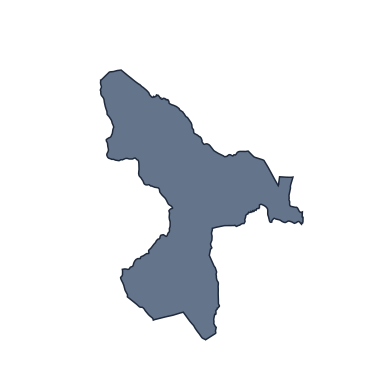 Ninh Son, Ninh Thuận, Vietnam, rotated 338°
{"feature_id": "81297802B88768197538102", "entity_name": "Ninh Son", "entity_type": "district", "adm_level": 2, "iso_a3": "VNM", "parent_name": "Vietnam", "parent_adm1": "Ninh Thuận", "projection": "equal_earth", "projection_center": [108.74, 11.71], "detail": "fine", "context": "isolated", "style": "filled", "palette": "slate", "viewbox_px": 384, "rotation_deg": 338, "n_neighbors": 0, "source": "geoboundaries", "source_scale": "gbopen_adm2", "svg_char_len": 6067}
<svg xmlns="http://www.w3.org/2000/svg" viewBox="0 0 384 384"><g transform="rotate(338 192 192)"><path d="M149.2,54.0L149.0,54.7L148.2,56.2L147.9,57.1L147.7,58.0L147.6,59.9L147.4,60.5L147.2,61.0L145.2,63.1L145.1,64.6L144.3,66.6L144.2,67.4L144.2,68.6L145.0,71.2L145.1,73.0L144.3,76.3L143.7,79.9L143.5,81.7L143.3,85.4L142.4,88.3L143.3,90.9L144.1,94.8L144.1,96.4L143.8,98.3L143.9,100.4L143.8,102.3L143.6,102.7L142.1,104.4L140.1,107.8L139.3,108.6L138.9,108.9L137.7,110.2L136.9,110.6L134.8,110.7L132.4,111.2L132.1,111.4L131.7,112.6L131.9,113.8L131.9,115.1L131.0,118.3L130.7,120.1L130.3,121.7L129.6,122.8L127.2,125.0L126.8,126.0L126.8,127.8L127.0,128.6L127.5,129.5L129.4,131.2L129.9,131.7L131.5,132.3L133.0,133.8L135.8,135.5L136.6,135.7L137.8,135.4L138.2,135.4L139.5,136.1L142.9,136.0L143.5,136.2L144.7,136.7L146.2,137.9L149.2,139.1L151.3,139.0L151.8,139.1L152.2,139.4L153.1,141.5L153.7,142.1L154.0,142.6L153.9,144.0L153.3,146.0L151.4,151.1L149.5,154.7L149.1,156.6L149.2,157.8L149.9,159.5L150.7,163.4L150.7,166.3L151.1,167.2L151.9,168.1L153.2,168.7L154.7,169.0L155.0,169.2L155.8,170.7L156.0,171.0L156.9,171.4L157.8,172.3L159.3,173.7L161.5,175.0L162.2,175.5L162.5,176.0L162.8,177.2L162.4,178.7L162.2,179.6L162.2,180.4L162.4,181.2L163.1,183.7L164.7,187.4L165.1,189.1L165.5,193.9L165.8,194.9L167.6,197.5L168.0,198.9L168.0,199.4L167.8,199.8L166.1,199.7L165.4,199.8L163.7,200.6L163.5,201.0L163.3,203.1L161.4,206.8L160.8,209.0L160.6,211.4L158.8,215.7L157.2,217.6L156.7,219.3L156.0,220.4L154.5,221.1L152.6,223.1L152.1,223.4L151.5,223.5L151.1,223.2L149.6,221.0L149.3,220.8L147.1,220.4L146.2,220.9L144.7,222.9L143.8,223.2L143.0,223.0L142.6,223.0L140.8,223.8L139.2,225.2L136.9,226.3L133.1,228.6L130.1,229.8L129.7,230.3L129.3,232.1L128.8,232.8L126.8,232.1L122.9,232.9L120.7,232.9L119.9,233.2L119.2,234.3L116.6,233.4L114.9,233.6L113.5,234.3L112.3,235.2L111.1,236.4L110.2,237.7L109.1,238.7L106.7,238.6L105.0,239.8L104.4,239.9L103.6,239.8L101.8,238.6L100.7,238.1L98.4,237.6L98.0,239.3L96.5,242.8L95.4,243.8L93.9,244.4L93.6,244.9L93.5,246.7L93.8,250.4L93.8,253.0L93.2,257.6L93.2,258.6L93.7,262.8L93.4,263.9L92.8,265.0L98.6,275.3L100.3,278.9L101.4,279.7L102.6,280.2L103.0,280.6L103.8,282.2L104.2,284.6L105.7,289.3L106.3,290.7L108.2,294.2L108.3,294.8L108.1,296.3L109.6,296.3L121.0,297.9L128.1,299.1L136.1,299.8L138.9,300.2L141.6,311.0L142.8,314.6L143.5,316.4L143.9,319.6L144.8,323.5L145.6,326.2L146.3,329.4L146.7,330.9L147.5,332.1L148.8,333.4L149.2,334.1L158.9,332.3L160.5,332.0L161.3,331.6L161.7,329.6L163.8,326.5L163.3,325.9L162.9,322.2L163.8,320.4L164.4,318.2L167.0,314.2L167.4,313.9L167.9,314.3L168.5,314.1L169.0,312.9L169.6,311.1L169.8,310.8L171.4,310.1L171.9,309.2L172.4,309.3L174.4,308.3L174.7,308.0L174.8,307.5L174.6,305.6L176.2,301.5L178.1,296.3L179.8,292.3L180.9,289.2L182.0,287.1L182.3,286.3L182.4,285.2L182.1,283.8L182.1,282.7L182.5,280.5L183.1,279.2L183.4,277.6L183.7,276.9L184.5,276.0L184.9,275.2L185.2,270.8L184.7,269.0L184.3,257.2L187.8,251.9L188.9,251.6L189.5,251.2L189.4,248.7L189.7,247.1L190.3,246.3L192.4,244.1L193.8,241.1L194.2,239.9L194.3,238.8L194.5,238.0L195.0,236.9L196.6,234.9L197.2,233.3L201.2,233.8L209.4,235.3L218.6,238.9L219.3,238.9L220.2,240.5L220.7,240.6L222.1,240.4L223.9,240.6L226.0,240.1L227.0,240.2L228.4,240.7L229.9,239.5L230.3,238.9L230.4,237.6L232.5,235.1L232.8,234.1L234.1,233.3L234.7,233.2L235.5,233.3L235.8,232.8L236.2,232.7L236.9,232.0L237.8,232.7L238.5,232.6L239.0,232.9L239.2,232.6L239.6,232.6L239.6,232.4L240.2,232.9L240.5,232.9L241.0,232.4L241.1,232.9L241.8,233.1L242.0,232.9L242.3,233.1L242.9,232.3L243.4,232.6L244.1,232.4L244.6,232.9L245.7,231.8L246.8,232.0L247.2,231.9L247.6,232.2L247.7,231.9L248.6,231.9L249.7,229.3L250.8,229.1L251.5,229.3L252.2,229.9L253.8,231.6L254.8,233.1L255.4,234.5L255.7,235.9L255.3,237.5L254.0,240.7L253.7,241.9L253.7,243.1L253.0,248.0L253.1,248.9L253.5,249.5L253.9,249.7L254.8,249.7L255.3,248.5L255.7,248.3L257.8,247.2L258.6,247.3L259.2,248.1L260.8,249.3L262.7,250.6L263.5,251.5L264.4,253.0L266.1,254.7L266.9,255.2L267.5,255.3L269.9,255.0L270.7,255.1L271.4,255.5L273.2,257.0L275.2,259.4L277.0,259.5L278.7,259.1L279.9,259.3L280.6,260.1L281.0,261.9L281.5,262.9L282.2,261.9L282.8,262.2L283.0,261.7L283.5,261.5L283.8,261.0L285.5,257.0L285.3,256.8L284.9,256.7L285.0,255.9L286.9,251.8L286.0,251.8L285.6,252.0L284.5,250.8L284.2,250.0L283.9,246.7L283.5,245.7L283.1,245.3L281.9,244.8L278.0,242.1L277.7,241.1L277.9,239.9L278.8,237.9L279.0,237.0L279.0,235.7L279.3,234.8L279.7,234.3L280.5,231.9L280.8,231.2L284.7,225.4L285.3,223.7L286.1,222.4L291.2,216.0L289.4,215.5L285.4,213.8L278.9,210.7L276.0,215.8L275.2,217.4L274.3,218.4L273.4,211.6L271.8,197.7L270.6,190.1L270.4,189.5L269.6,188.6L263.3,183.4L262.6,182.6L261.8,180.9L259.4,175.1L256.9,174.5L251.9,172.4L250.7,172.1L248.9,172.2L246.9,173.6L246.4,173.8L245.9,173.8L245.3,173.4L244.8,173.2L243.7,173.8L243.1,173.7L242.7,173.3L241.5,171.8L240.7,171.4L240.2,171.3L237.5,172.0L235.4,171.5L234.6,170.2L230.8,166.0L228.4,162.8L227.7,161.7L226.0,155.7L225.5,154.6L224.4,153.3L223.9,153.0L223.3,152.7L221.3,152.4L220.9,152.2L220.7,151.9L220.1,149.3L220.1,149.0L220.6,148.1L220.7,145.5L220.0,143.6L219.5,143.4L218.4,141.3L216.5,139.1L216.0,138.3L215.9,137.5L216.7,134.7L216.2,133.1L216.2,132.5L216.5,131.2L217.0,129.7L217.1,127.6L215.7,121.3L215.5,121.0L214.7,120.0L214.5,119.5L214.2,118.1L214.1,117.1L213.5,115.1L213.5,114.5L211.4,111.4L211.2,110.7L211.3,109.9L211.1,109.5L209.6,107.0L207.4,104.7L205.8,103.4L204.4,101.8L204.1,101.3L204.3,99.8L204.5,99.4L204.5,98.8L204.2,98.1L204.2,97.5L203.8,97.4L203.8,97.2L203.3,96.8L202.6,96.9L202.4,96.1L202.2,96.0L202.0,95.4L201.8,95.4L201.5,94.9L201.2,94.8L200.9,94.5L200.0,94.4L199.6,94.8L198.7,94.7L197.9,93.3L198.2,93.0L197.6,92.7L197.4,91.0L197.0,90.4L196.7,89.4L196.0,89.4L195.5,88.7L195.1,88.9L194.8,89.5L194.6,89.7L192.6,89.9L192.4,89.8L192.3,89.0L191.7,89.2L191.1,89.6L190.8,89.5L190.2,88.9L189.1,85.9L189.1,83.7L188.0,80.8L185.8,76.6L185.1,75.7L183.7,72.6L183.3,72.4L180.9,68.6L175.8,59.5L172.0,52.4L168.3,51.4L164.3,50.9L161.0,49.9L160.1,49.9L149.9,54.1L149.2,54.0Z" fill="#64748b" stroke="#1e293b" stroke-width="1.5"/></g></svg>